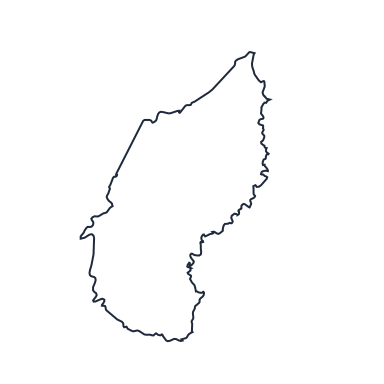 SVG path tracing the border of Zanzan, rotated 215°
{"feature_id": "CIV-3449", "entity_name": "Zanzan", "entity_type": "Region", "adm_level": 1, "iso_a3": "CIV", "parent_name": "Ivory Coast", "parent_adm1": "", "projection": "natural_earth1", "projection_center": [-3.572, 8.502], "detail": "fine", "context": "isolated", "style": "outline", "palette": "slate", "viewbox_px": 384, "rotation_deg": 215, "n_neighbors": 0, "source": "natural_earth", "source_scale": "10m", "svg_char_len": 5768}
<svg xmlns="http://www.w3.org/2000/svg" viewBox="0 0 384 384"><g transform="rotate(215 192 192)"><path d="M256.4,89.9L257.7,91.7L257.7,93.2L257.4,96.5L257.5,97.3L257.9,99.0L257.9,101.8L257.5,103.6L256.4,104.3L255.2,105.0L254.3,106.4L254.2,108.3L254.9,109.9L256.1,111.0L257.7,111.4L259.1,112.3L259.0,114.2L257.9,116.2L255.1,117.9L254.0,119.8L252.5,123.4L250.6,125.7L250.2,126.5L250.1,131.7L249.7,133.3L248.9,134.8L249.7,135.4L250.3,136.1L251.0,136.6L252.2,136.9L254.5,137.0L256.8,137.6L259.0,138.9L259.6,140.6L259.7,142.7L261.1,147.6L261.6,148.0L262.2,148.1L262.7,148.4L262.9,149.3L263.0,151.1L264.8,158.3L264.7,159.7L263.8,160.3L263.1,161.0L262.9,162.3L263.3,163.1L264.2,162.7L264.6,164.3L268.7,193.3L272.8,222.3L272.2,223.8L268.2,226.6L267.0,227.0L266.0,226.9L264.8,226.3L264.1,226.2L263.5,226.9L262.9,228.2L262.5,229.9L262.7,231.2L263.9,234.2L264.5,236.6L264.4,238.4L263.5,239.8L261.7,240.8L256.4,242.9L254.8,244.2L250.7,249.7L249.2,251.1L249.1,250.7L248.7,250.2L248.1,249.7L247.5,249.8L247.3,250.5L246.9,258.3L246.6,259.4L245.9,260.3L243.9,261.7L243.1,262.5L243.0,263.0L243.3,264.4L243.3,264.9L242.9,265.6L242.1,266.9L241.7,267.5L235.3,283.4L234.1,287.6L229.7,319.3L229.8,320.5L230.4,322.0L231.0,322.8L231.4,323.7L231.3,325.1L230.5,327.1L226.4,333.0L226.0,334.0L225.3,339.2L224.8,339.9L220.4,341.6L220.2,339.7L216.5,331.5L215.4,330.2L214.0,328.7L211.0,326.6L209.0,324.8L207.9,324.1L201.5,321.8L199.6,321.5L198.4,321.5L197.7,322.9L197.2,323.7L196.9,324.0L196.4,324.1L195.9,323.8L194.4,321.9L193.5,321.0L193.2,320.5L193.0,320.1L192.8,319.6L191.4,314.4L191.1,313.8L190.5,313.3L189.4,312.6L188.9,312.2L188.4,312.0L187.9,312.2L187.6,312.2L186.8,311.7L186.2,311.8L184.8,311.3L184.5,311.2L184.1,311.3L181.2,312.4L182.5,310.0L182.4,307.6L183.8,306.8L184.1,305.1L183.6,300.9L183.3,300.8L181.3,297.5L181.0,296.7L180.7,296.1L179.9,295.6L178.9,295.4L177.7,295.0L176.7,294.5L176.0,293.9L175.8,292.9L177.6,290.9L178.1,289.7L177.3,286.6L175.6,286.1L172.0,287.2L171.3,286.6L170.8,285.6L170.3,284.7L169.2,284.3L168.9,283.7L168.8,282.2L168.5,280.7L167.4,280.0L165.2,279.6L164.2,278.4L163.4,275.0L164.1,272.7L163.0,271.5L161.0,271.3L159.2,271.5L158.7,270.8L157.9,270.3L157.1,270.3L156.1,270.8L155.5,268.7L154.6,267.7L153.2,267.3L151.2,267.3L151.2,266.6L152.2,266.1L152.3,265.3L151.8,263.3L151.5,262.9L150.9,262.0L150.8,261.3L151.2,260.7L151.7,260.1L151.9,259.5L151.4,257.7L150.9,256.6L150.5,255.8L149.3,254.8L148.2,256.0L147.3,255.1L144.6,254.4L143.3,253.9L141.9,252.9L141.8,252.6L142.6,252.3L143.9,251.7L145.4,250.2L146.1,249.2L146.4,248.2L145.7,246.2L144.8,246.3L143.9,247.1L143.0,247.1L141.7,246.8L140.2,247.3L138.9,247.3L138.4,245.6L138.9,241.0L139.3,237.2L140.3,234.6L141.9,233.3L143.9,234.0L144.2,233.6L144.9,232.4L145.1,231.9L144.0,230.7L140.5,225.8L139.6,225.3L138.7,225.2L138.0,224.9L137.8,223.7L138.1,222.4L139.4,220.3L139.7,219.1L139.1,218.0L137.0,216.6L136.6,215.9L136.5,214.8L136.1,213.4L136.0,212.4L137.0,212.2L141.4,212.3L142.7,212.0L143.4,210.9L143.6,209.8L143.5,208.9L143.0,208.1L142.1,206.9L142.1,206.5L142.5,206.3L142.7,205.3L142.8,205.0L143.1,204.7L143.3,204.2L143.3,203.5L143.1,203.0L142.7,202.9L142.3,202.9L142.1,202.8L141.6,202.0L141.1,201.4L140.9,200.6L141.5,199.2L141.8,199.6L143.0,199.3L144.8,198.6L145.4,196.7L145.8,195.3L145.0,193.3L141.7,191.2L141.5,189.3L142.0,188.8L143.6,188.2L144.2,186.8L146.7,184.7L146.9,183.2L146.3,181.0L145.9,180.4L145.4,178.9L144.5,178.0L145.5,174.3L146.4,172.8L147.9,172.3L150.6,172.2L151.7,171.8L152.5,170.9L151.1,170.5L151.4,169.6L153.0,168.0L155.3,163.9L155.8,163.2L157.0,163.5L157.8,164.0L158.4,163.6L158.6,161.4L158.2,160.0L157.2,158.8L156.0,158.0L154.9,158.1L154.7,157.8L154.7,157.6L154.3,157.4L154.8,156.8L155.0,156.4L155.3,156.1L156.1,156.0L156.1,155.3L154.4,153.6L151.8,150.0L150.3,148.5L149.0,146.0L149.6,144.2L151.5,142.9L153.7,141.8L154.9,141.6L156.2,141.6L157.2,141.1L157.4,139.7L156.7,138.6L155.4,137.7L153.9,137.1L150.7,136.2L150.1,134.5L150.4,132.2L151.2,129.8L152.1,131.3L153.1,132.6L153.8,132.4L153.7,129.8L153.1,128.2L152.1,128.2L150.6,128.8L148.8,129.1L149.0,128.7L149.5,128.4L148.2,126.8L149.3,123.4L147.9,122.7L145.2,122.9L144.6,122.7L144.2,121.9L144.0,120.7L143.7,119.6L143.0,119.2L142.1,118.9L140.3,117.9L136.6,117.1L134.2,115.2L131.8,112.8L131.3,113.3L130.8,113.4L130.2,113.4L129.3,113.5L127.9,114.0L126.3,114.9L125.7,115.7L125.7,116.5L125.4,116.8L124.4,116.4L124.1,115.9L123.7,115.1L123.3,114.2L123.2,113.5L123.4,111.8L123.8,110.7L124.1,109.6L123.9,107.8L123.6,107.4L123.2,107.1L122.9,106.6L122.6,105.7L122.7,104.8L122.9,104.1L123.1,103.6L123.2,103.2L123.3,102.2L123.8,101.1L123.9,100.3L123.7,99.6L122.8,97.9L122.4,94.5L121.7,93.1L119.3,90.4L118.7,89.6L118.4,88.8L118.3,88.0L118.3,86.9L118.1,85.8L117.6,85.2L116.9,84.7L116.2,84.1L112.3,78.0L111.2,77.5L111.8,76.7L112.9,74.1L113.1,72.8L112.9,70.4L112.9,69.5L113.4,68.5L116.1,65.3L115.0,64.9L114.6,64.8L115.8,63.5L117.4,62.9L120.7,62.4L122.4,61.4L124.9,57.2L126.5,55.8L128.0,55.6L133.1,57.3L134.0,57.9L134.5,58.1L135.1,58.0L135.3,57.5L135.3,56.9L135.4,56.7L136.8,55.9L137.5,55.6L140.4,55.6L140.9,54.1L141.3,52.4L142.6,51.6L144.5,51.1L147.9,48.6L149.5,48.0L155.6,47.8L157.3,47.2L158.0,46.6L159.5,44.8L160.4,44.1L161.7,43.7L166.0,43.1L166.6,43.2L167.8,43.9L168.4,44.1L168.8,43.7L169.7,42.6L170.0,42.3L171.2,42.8L171.8,43.5L172.4,44.4L173.4,45.1L174.9,45.5L180.2,44.7L194.2,46.0L195.3,46.5L196.9,48.2L197.8,48.7L198.6,48.4L199.7,47.7L200.6,47.2L201.0,48.0L200.9,50.0L201.1,52.1L202.0,53.5L204.1,53.2L205.3,51.8L208.3,46.9L209.7,45.8L210.8,46.5L210.8,48.5L210.6,51.0L211.0,53.0L212.6,54.1L214.6,54.1L216.6,54.7L218.4,57.2L219.5,62.2L220.4,64.6L221.9,66.1L223.5,66.2L226.6,65.1L228.3,65.6L229.7,67.2L230.8,69.6L232.4,74.4L236.8,84.3L245.7,98.0L247.7,99.8L249.8,100.0L251.5,98.3L253.7,93.0L256.4,89.9Z" fill="none" stroke="#1e293b" stroke-width="2"/></g></svg>